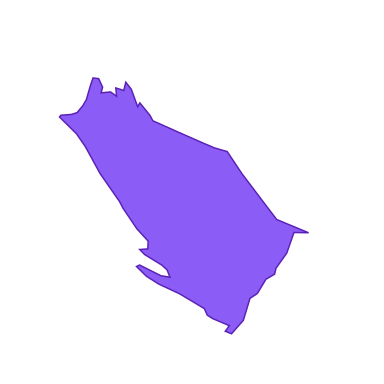 Cumberland, Pennsylvania, United States of America (Robinson projection), rotated 245°
{"feature_id": "52423323B93457289425751", "entity_name": "Cumberland", "entity_type": "district", "adm_level": 2, "iso_a3": "USA", "parent_name": "United States of America", "parent_adm1": "Pennsylvania", "projection": "robinson", "projection_center": [-77.222, 40.136], "detail": "fine", "context": "isolated", "style": "filled", "palette": "violet", "viewbox_px": 384, "rotation_deg": 245, "n_neighbors": 0, "source": "geoboundaries", "source_scale": "gbopen_adm2", "svg_char_len": 938}
<svg xmlns="http://www.w3.org/2000/svg" viewBox="0 0 384 384"><g transform="rotate(245 192 192)"><path d="M316.0,103.6L293.6,111.9L278.3,114.5L247.5,116.5L213.9,122.3L206.6,122.6L181.9,126.5L166.0,131.5L159.1,127.9L162.0,120.3L155.2,122.7L138.4,133.8L131.9,136.5L124.1,136.0L129.3,128.4L148.0,113.6L147.9,110.2L134.9,115.1L122.8,122.8L105.0,137.7L81.1,153.9L73.9,153.8L68.7,157.1L55.1,169.3L51.7,163.3L46.8,167.9L54.0,184.3L71.1,199.6L72.4,208.3L81.7,222.2L82.6,232.1L87.4,235.9L96.6,252.1L112.2,267.3L105.8,280.4L124.6,263.2L131.3,257.1L150.2,253.0L187.5,245.0L213.8,241.0L216.7,237.6L222.7,230.8L232.0,222.4L253.6,203.5L273.1,186.6L279.2,186.3L294.8,182.4L292.3,178.8L310.8,180.4L319.5,178.4L312.9,173.1L318.5,166.9L310.6,164.1L317.1,160.5L320.3,151.5L324.8,155.3L334.2,155.3L337.2,150.5L331.8,145.3L320.4,135.3L316.4,129.6L312.5,121.4L313.3,115.4L317.0,105.6L316.0,103.6Z" fill="#8b5cf6" stroke="#5b21b6" stroke-width="1.5"/></g></svg>